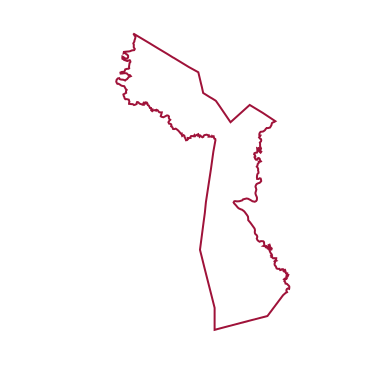 the district of Santa Helena, Maranhão, Brazil, rotated 122°
{"feature_id": "56859067B36614364399438", "entity_name": "Santa Helena", "entity_type": "district", "adm_level": 2, "iso_a3": "BRA", "parent_name": "Brazil", "parent_adm1": "Maranhão", "projection": "albers", "projection_center": [-45.434, -2.467], "detail": "fine", "context": "isolated", "style": "outline", "palette": "rose", "viewbox_px": 384, "rotation_deg": 122, "n_neighbors": 0, "source": "geoboundaries", "source_scale": "gbopen_adm2", "svg_char_len": 6047}
<svg xmlns="http://www.w3.org/2000/svg" viewBox="0 0 384 384"><g transform="rotate(122 192 192)"><path d="M88.7,325.7L89.4,324.3L89.9,323.5L90.0,322.5L91.1,321.8L92.6,321.4L94.0,321.1L95.0,320.6L95.9,320.6L97.1,320.5L98.0,319.3L99.2,318.7L100.3,317.9L101.0,316.3L102.3,316.2L103.7,317.9L104.5,318.5L105.5,319.2L106.4,320.2L107.1,321.2L108.4,322.9L109.3,324.0L110.6,323.5L109.8,322.9L109.7,321.7L110.0,320.6L109.8,319.7L110.4,318.3L111.8,317.5L113.2,317.7L114.0,319.1L114.1,320.4L113.9,321.4L114.0,322.8L115.0,322.3L115.9,321.6L115.8,320.5L116.0,319.3L115.6,318.4L115.5,317.2L115.1,316.1L113.9,315.3L113.2,314.7L113.8,313.5L114.7,313.1L115.8,313.3L116.8,312.8L117.8,312.4L119.3,311.7L120.4,310.8L121.3,311.3L122.0,312.4L123.4,313.6L125.0,313.2L126.2,313.5L127.3,315.1L128.6,316.0L129.4,315.3L128.5,314.0L127.8,313.2L127.0,312.2L126.3,311.1L126.0,309.9L126.4,308.8L126.4,307.8L125.8,306.6L126.2,305.3L128.2,306.7L129.2,306.7L130.7,306.9L132.0,307.6L132.9,307.8L133.0,309.1L133.5,310.4L134.2,311.7L134.6,313.1L134.0,314.0L135.0,315.1L136.7,315.4L138.6,314.7L139.3,313.7L139.8,312.6L139.2,311.8L139.1,310.1L139.2,308.8L139.1,307.8L138.8,307.0L138.2,305.5L139.8,302.7L140.0,301.5L141.4,301.5L142.8,300.4L145.6,301.9L146.8,300.7L147.2,299.9L148.3,298.7L148.6,297.7L147.8,296.5L147.2,294.6L148.6,292.9L149.7,292.6L150.6,292.1L149.7,290.2L148.9,288.8L149.0,287.3L147.9,286.3L146.7,285.6L145.7,286.1L144.8,286.2L144.4,285.1L144.7,284.0L144.8,283.0L144.4,281.5L144.2,280.2L143.7,279.3L142.9,280.2L141.8,280.3L141.5,279.4L142.2,278.8L141.4,278.1L140.5,278.7L140.1,277.8L140.5,276.7L141.2,276.3L141.7,275.4L141.6,274.5L142.3,273.2L143.0,272.2L142.5,271.3L143.3,270.6L143.0,269.7L144.3,269.8L144.5,268.6L143.4,268.3L142.7,267.3L142.0,266.6L142.1,265.6L141.1,265.6L140.9,264.3L141.5,262.9L141.7,261.9L141.2,261.0L140.5,259.8L141.7,259.4L142.7,259.1L144.3,258.7L144.4,257.8L143.8,255.9L142.2,254.9L141.1,254.3L140.3,253.8L139.9,252.8L140.1,251.6L141.4,251.0L142.1,250.0L142.3,248.7L143.8,249.0L145.3,249.0L146.2,247.7L145.8,246.8L145.6,245.8L146.2,244.8L147.3,244.6L147.5,242.9L148.6,241.4L148.0,240.3L146.9,239.4L147.0,237.6L147.2,236.2L147.6,234.8L147.9,233.8L148.4,232.6L147.8,231.7L148.8,231.1L149.7,230.0L148.2,229.3L148.4,228.2L149.5,227.2L150.0,226.1L151.3,224.5L150.6,223.7L149.3,223.4L148.4,224.2L147.7,222.8L146.9,221.9L146.2,222.5L145.0,222.4L144.3,221.2L143.9,220.2L142.4,220.1L143.0,219.0L142.1,218.8L141.0,218.2L139.8,217.4L141.0,216.5L140.0,215.7L141.0,214.8L139.8,214.4L140.0,213.5L140.1,212.2L139.2,211.6L138.1,211.9L137.2,211.6L136.5,210.9L135.6,209.9L135.4,208.8L135.0,207.8L136.3,207.3L135.8,206.5L135.1,205.7L134.8,204.6L133.9,204.7L134.1,203.7L133.3,203.2L134.1,202.3L134.9,201.4L134.7,200.4L135.6,199.6L136.6,199.2L146.4,195.3L152.0,192.8L162.5,188.1L193.3,174.8L203.0,170.0L211.2,166.3L224.1,160.4L236.8,154.6L241.8,149.4L248.4,142.6L250.6,140.3L255.4,135.3L270.8,119.2L278.3,111.4L296.9,99.8L288.3,91.7L270.9,75.3L257.2,62.3L231.3,60.1L227.9,59.1L226.6,58.3L225.9,59.5L225.0,60.0L224.0,60.1L223.0,59.6L222.7,58.3L221.7,58.7L220.5,59.5L220.1,60.5L219.9,61.6L219.6,62.7L220.1,64.2L219.1,65.1L218.7,66.4L217.4,66.6L217.3,67.7L216.0,67.2L215.7,65.9L214.7,65.9L214.1,67.0L212.8,67.5L212.6,66.2L211.3,66.4L211.6,67.4L210.5,68.1L211.1,69.3L210.1,70.3L209.1,71.4L210.6,71.7L210.4,72.7L209.2,72.5L209.2,73.8L209.9,74.9L210.9,75.2L211.5,75.8L210.8,77.1L211.7,78.5L212.0,79.7L211.5,80.4L210.6,81.6L210.4,82.6L209.9,83.4L209.0,84.0L207.7,84.3L207.2,85.2L205.6,84.1L205.6,85.1L204.4,85.0L203.5,85.5L204.4,87.0L205.2,88.0L205.0,89.3L205.0,90.4L204.1,90.2L203.8,91.3L203.0,90.9L202.4,91.9L202.1,92.9L201.5,93.9L200.5,95.3L199.3,95.1L199.7,96.1L199.8,97.5L198.7,97.1L197.4,96.8L196.3,97.4L195.6,98.3L196.5,98.9L197.5,97.8L198.0,98.7L199.0,98.9L199.7,100.0L198.7,100.6L199.4,101.5L199.9,102.8L198.8,102.2L198.2,103.0L197.3,103.7L196.4,104.3L196.0,105.3L196.6,106.6L197.2,107.6L198.3,108.2L198.4,109.5L198.1,111.0L197.2,112.4L196.1,112.6L195.0,113.2L194.3,114.4L194.1,115.9L193.6,116.8L192.6,117.6L191.3,118.2L190.2,119.1L189.7,119.9L189.2,121.1L187.6,125.0L186.8,127.1L186.4,128.5L186.0,129.5L185.1,130.0L184.1,130.8L183.2,131.5L182.5,132.9L181.0,136.7L180.7,137.8L180.6,139.0L180.5,140.1L180.8,141.4L181.0,142.8L181.1,143.9L180.8,145.3L180.5,146.2L180.0,147.7L179.6,149.2L179.3,150.3L178.8,151.2L177.4,151.2L176.6,150.1L176.2,149.0L175.5,148.0L174.6,146.8L173.3,145.7L172.3,144.9L171.2,144.8L168.6,142.3L168.0,140.8L167.8,138.0L167.8,135.8L167.0,133.6L165.7,132.8L164.4,132.8L163.4,133.3L162.4,133.9L161.7,134.7L161.1,135.6L160.4,136.6L159.5,137.5L158.7,137.9L157.5,138.2L155.9,138.7L154.6,140.0L154.0,140.9L152.6,141.4L151.0,141.4L149.8,140.7L148.3,139.5L147.0,139.2L146.1,139.1L145.2,139.8L144.2,140.9L144.5,141.9L145.7,142.5L146.4,143.7L145.2,144.7L143.9,145.4L142.5,145.9L141.6,146.0L140.6,145.7L139.6,146.4L138.6,147.5L137.5,148.0L136.4,149.5L136.2,150.5L134.9,150.5L133.5,151.1L132.2,150.8L131.1,151.4L130.4,150.4L129.5,149.8L129.1,150.9L128.6,151.6L127.9,152.3L127.8,153.4L128.8,154.2L129.9,153.7L130.7,154.7L130.5,155.7L129.3,157.5L128.4,157.1L127.4,158.0L127.1,159.3L126.0,159.6L125.1,159.0L124.2,157.8L123.3,157.9L122.3,158.5L121.3,159.2L120.4,159.9L120.3,159.0L119.4,158.8L119.2,157.7L120.5,157.6L121.6,157.0L122.1,155.8L122.3,154.7L121.1,154.6L120.9,155.8L119.9,156.4L118.7,156.4L118.0,157.2L117.2,158.5L116.1,159.1L114.9,159.9L114.1,160.7L112.6,160.3L111.4,160.7L110.6,161.5L110.7,162.7L110.1,164.1L108.8,163.8L107.8,163.9L108.2,164.9L107.2,165.6L105.8,165.9L104.6,165.7L103.8,164.7L103.0,163.8L102.0,163.3L100.9,162.9L99.6,162.9L98.2,162.6L97.4,161.3L96.0,160.0L94.8,160.0L93.0,160.1L92.1,160.5L91.0,160.7L90.2,160.3L89.2,159.5L87.8,158.8L87.4,173.8L87.6,189.2L111.0,195.9L112.4,196.3L111.9,197.5L111.4,198.6L104.0,215.4L102.1,219.9L102.0,220.9L102.0,224.2L102.1,227.1L102.1,235.0L97.7,239.3L95.3,241.8L93.4,243.7L87.1,250.1L87.7,260.9L87.9,278.5L88.0,279.5L88.0,286.1L88.2,296.2L88.3,304.7L88.3,306.1L88.7,325.7ZM199.3,95.1L198.7,94.2L197.6,94.5L197.4,95.7L198.5,95.7L199.3,95.1Z" fill="none" stroke="#9f1239" stroke-width="2"/></g></svg>